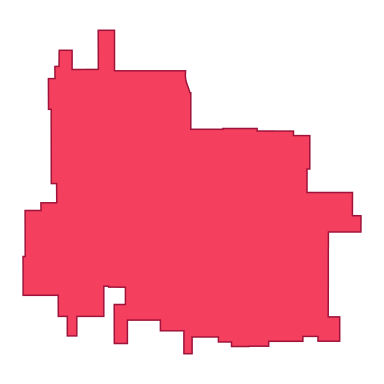 Cue, Western Australia, Australia
{"feature_id": "25037944B79165272170091", "entity_name": "Cue", "entity_type": "district", "adm_level": 2, "iso_a3": "AUS", "parent_name": "Australia", "parent_adm1": "Western Australia", "projection": "equal_earth", "projection_center": [117.893, -27.226], "detail": "fine", "context": "isolated", "style": "filled", "palette": "rose", "viewbox_px": 384, "rotation_deg": 0, "n_neighbors": 0, "source": "geoboundaries", "source_scale": "gbopen_adm2", "svg_char_len": 1989}
<svg xmlns="http://www.w3.org/2000/svg" viewBox="0 0 384 384"><path d="M40.9,202.8L41.0,210.5L25.1,210.5L25.2,256.5L23.0,256.5L23.1,272.6L23.1,291.1L23.1,295.3L38.0,295.3L45.9,295.3L58.2,295.3L58.3,316.4L59.1,316.4L67.3,316.4L67.3,335.9L76.8,335.9L76.8,316.4L80.6,316.4L83.4,316.4L86.2,316.4L89.9,316.4L93.6,316.4L95.5,316.4L100.1,316.4L103.8,316.4L103.8,304.5L103.8,303.8L103.8,286.2L108.6,286.2L108.6,287.1L125.4,287.2L125.4,302.7L125.4,303.5L125.4,304.5L119.3,304.5L116.3,304.5L114.2,304.5L114.3,343.5L127.4,343.5L127.4,320.1L136.5,320.1L139.5,320.1L147.1,320.1L153.0,320.1L153.8,320.1L160.4,320.1L160.4,330.8L173.7,330.8L183.9,330.8L183.9,334.8L183.9,339.2L183.9,353.7L192.1,353.7L192.1,337.0L213.2,337.0L214.2,337.0L218.4,337.0L218.4,342.0L225.3,342.0L231.5,342.0L231.5,345.5L231.5,346.5L233.0,346.5L249.0,346.5L249.0,346.2L268.7,346.2L268.7,341.3L275.8,341.3L291.6,341.3L302.9,341.3L302.9,336.4L311.7,336.4L318.0,336.4L318.0,341.2L339.7,341.2L339.7,316.9L328.2,316.9L328.3,279.3L328.3,250.8L328.4,244.9L328.4,232.0L360.9,232.0L361.0,215.8L358.1,215.7L355.3,215.7L352.4,215.7L352.5,192.5L350.5,192.5L343.4,192.5L335.3,192.5L333.3,192.5L317.1,192.5L307.0,192.5L307.0,169.0L309.8,169.0L309.8,162.8L309.8,153.6L309.8,135.6L293.5,135.6L293.5,131.1L257.1,131.0L257.1,128.5L240.1,128.5L236.2,128.5L234.1,128.5L222.9,128.5L222.9,129.3L220.6,129.3L214.7,129.3L195.9,129.3L194.7,129.3L191.7,129.3L190.8,129.3L190.8,92.8L189.9,92.8L189.2,90.2L188.0,86.9L187.3,84.9L186.4,82.2L185.7,79.5L185.5,77.8L185.4,76.8L185.4,76.6L185.4,75.5L185.4,74.3L185.6,70.8L174.9,70.8L170.9,70.8L153.0,70.8L143.1,70.8L127.3,70.8L114.5,70.8L114.5,64.8L114.5,48.0L114.5,30.3L98.2,30.3L98.3,59.1L98.3,69.4L72.1,69.5L72.1,50.3L71.9,50.3L71.2,50.3L69.3,50.3L59.9,50.3L59.2,50.3L59.0,66.4L54.9,66.4L54.9,69.9L55.0,78.6L48.4,78.6L48.5,109.3L51.2,109.3L51.2,121.8L51.2,122.9L51.3,183.6L54.9,183.6L56.6,183.6L56.6,185.6L56.7,197.5L56.7,202.8L47.4,202.8L40.9,202.8Z" fill="#f43f5e" stroke="#9f1239" stroke-width="1.5"/></svg>